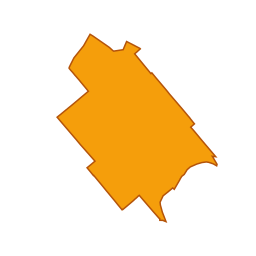 Ulmeni, Calarasi, Romania (Mercator projection), rotated 324°
{"feature_id": "2599482B95342273049795", "entity_name": "Ulmeni", "entity_type": "district", "adm_level": 2, "iso_a3": "ROU", "parent_name": "Romania", "parent_adm1": "Calarasi", "projection": "mercator", "projection_center": [26.717, 44.181], "detail": "fine", "context": "isolated", "style": "filled", "palette": "amber", "viewbox_px": 256, "rotation_deg": 324, "n_neighbors": 0, "source": "geoboundaries", "source_scale": "gbopen_adm2", "svg_char_len": 1673}
<svg xmlns="http://www.w3.org/2000/svg" viewBox="0 0 256 256"><g transform="rotate(324 128 128)"><path d="M177.5,210.7L178.1,210.2L178.7,209.7L178.8,208.6L179.3,203.5L179.6,200.8L179.6,200.5L182.1,202.8L180.5,181.7L180.3,178.6L179.8,170.7L179.6,168.0L179.3,165.1L179.2,164.2L184.2,163.7L184.0,160.6L184.0,159.0L183.9,158.3L183.9,155.4L183.8,154.9L183.7,153.7L183.2,146.1L181.7,127.2L181.5,125.0L181.4,122.1L181.3,120.1L180.9,114.6L180.4,108.0L180.1,103.9L179.7,97.4L178.5,97.5L177.8,85.8L177.0,71.9L180.8,71.6L181.3,71.5L184.5,71.2L184.5,70.9L184.4,70.5L177.7,57.2L170.1,61.8L161.6,57.4L161.2,56.4L161.0,55.4L160.3,51.9L153.7,33.0L153.6,32.8L152.4,29.9L148.4,31.7L140.4,35.4L125.8,39.4L125.7,39.4L123.1,40.7L122.0,41.3L119.8,42.4L116.4,44.2L115.6,44.8L115.4,45.3L115.5,46.2L115.6,47.9L115.9,50.6L116.1,54.3L116.3,56.0L116.4,57.4L116.6,59.7L116.7,60.9L116.8,63.4L117.1,67.8L117.4,72.5L117.5,75.0L107.3,75.7L97.6,76.4L77.0,77.6L77.5,84.4L78.1,91.9L78.6,98.4L79.1,104.7L79.3,106.9L79.4,108.9L79.7,113.4L80.7,123.9L81.4,131.1L81.8,135.4L76.6,135.8L71.5,136.1L71.7,139.2L72.1,146.2L72.4,146.2L73.3,160.4L73.6,166.1L74.3,176.9L74.5,180.1L74.7,184.4L75.1,190.7L76.0,190.6L76.1,190.9L86.0,190.2L89.8,189.9L91.2,189.7L91.8,189.6L92.6,189.6L93.5,189.5L94.5,189.4L96.3,189.1L97.5,189.1L99.3,210.9L100.1,219.4L100.2,219.7L100.4,219.9L99.5,221.4L102.0,223.3L102.4,224.1L103.7,226.1L104.0,225.0L106.3,216.3L108.9,209.4L110.3,206.9L116.5,203.5L124.3,203.1L128.9,202.8L129.4,204.8L139.3,200.4L140.4,199.8L143.1,198.7L146.2,198.6L151.3,196.5L155.5,196.1L162.4,197.6L167.5,199.4L171.4,201.5L173.1,203.2L175.9,207.1L177.5,210.7Z" fill="#f59e0b" stroke="#b45309" stroke-width="1.5"/></g></svg>